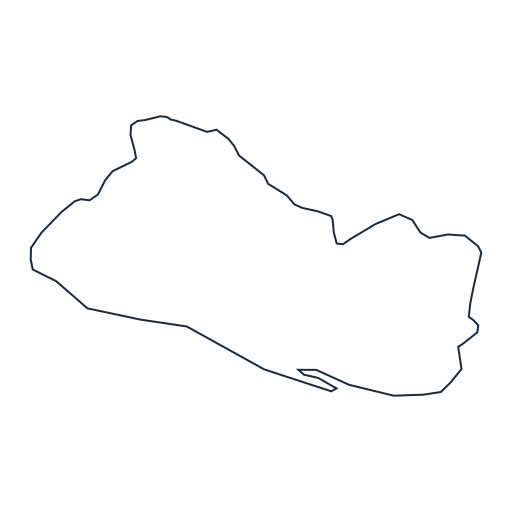 map outline of El Salvador (Natural Earth projection)
{"feature_id": "SLV", "entity_name": "El Salvador", "entity_type": "country or territory", "adm_level": 0, "iso_a3": "SLV", "parent_name": "North America", "parent_adm1": "", "projection": "natural_earth1", "projection_center": [-88.816, 13.798], "detail": "fine", "context": "isolated", "style": "outline", "palette": "slate", "viewbox_px": 512, "rotation_deg": 0, "n_neighbors": 0, "source": "natural_earth", "source_scale": "50m", "svg_char_len": 1004}
<svg xmlns="http://www.w3.org/2000/svg" viewBox="0 0 512 512"><path d="M170.9,119.6L175.7,120.6L207.1,131.9L216.5,129.7L228.4,138.8L234.1,145.9L239.1,155.6L264.0,175.3L268.2,183.9L286.8,195.4L294.3,204.3L302.2,207.9L317.7,211.3L331.0,216.0L332.6,219.3L333.8,232.4L336.7,243.5L343.0,244.2L350.6,238.9L375.6,224.0L399.1,214.2L412.4,220.1L420.3,232.4L429.3,237.9L448.0,234.5L464.9,235.6L478.2,246.4L481.3,252.7L473.2,288.6L470.2,303.9L468.8,316.9L473.6,320.3L478.3,325.4L477.3,332.4L462.7,343.9L458.2,346.8L461.5,369.0L450.7,382.4L440.8,392.0L423.3,394.7L393.7,395.7L349.1,384.8L316.2,369.9L298.4,369.8L304.0,374.7L318.1,377.9L336.5,388.4L331.2,391.3L264.2,369.4L186.8,326.5L140.5,319.6L87.5,308.4L56.2,281.2L32.7,269.5L30.7,259.2L31.0,247.8L41.6,232.5L61.5,212.0L74.7,201.3L80.9,199.2L89.6,200.3L98.0,194.4L105.2,180.2L112.7,171.1L131.8,161.8L136.1,158.2L134.6,150.2L130.5,134.8L131.2,125.3L137.4,121.0L144.9,120.1L160.3,116.3L167.0,117.0L170.9,119.6Z" fill="none" stroke="#1e293b" stroke-width="2"/></svg>